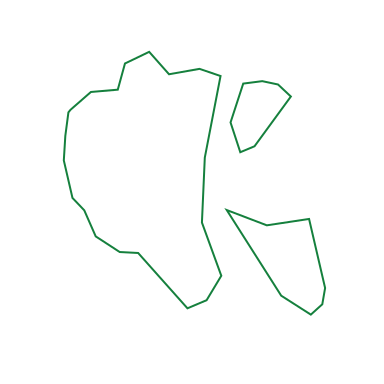 the border of Hong Kong S.A.R., rotated 257°
{"feature_id": "HKG", "entity_name": "Hong Kong S.A.R.", "entity_type": "country or territory", "adm_level": 0, "iso_a3": "HKG", "parent_name": "Asia", "parent_adm1": "", "projection": "mercator", "projection_center": [114.112, 22.38], "detail": "fine", "context": "isolated", "style": "outline", "palette": "green", "viewbox_px": 384, "rotation_deg": 257, "n_neighbors": 0, "source": "natural_earth", "source_scale": "50m", "svg_char_len": 623}
<svg xmlns="http://www.w3.org/2000/svg" viewBox="0 0 384 384"><g transform="rotate(257 192 192)"><path d="M149.8,108.0L151.5,106.4L170.4,88.2L198.4,82.9L213.1,74.2L251.6,74.2L275.2,81.2L297.4,89.5L299.5,92.2L312.2,116.0L308.4,142.7L332.3,155.6L338.2,181.8L311.9,196.1L310.3,227.0L298.6,245.9L222.6,212.2L160.0,194.8L103.8,201.7L83.3,181.9L79.7,161.4L144.7,125.8L149.8,108.0ZM139.4,300.0L68.5,300.1L53.3,293.7L45.8,280.2L70.9,255.6L166.6,221.8L142.7,257.4L139.4,300.0ZM277.4,300.0L262.8,309.8L222.5,263.2L219.9,248.0L251.1,245.2L286.1,266.3L284.2,285.4L277.4,300.0Z" fill="none" stroke="#15803d" stroke-width="2"/></g></svg>